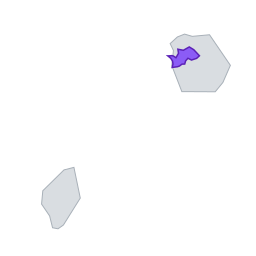 location of Saint Peter within Antigua and Barbuda, rotated 227°
{"feature_id": "ATG-5094", "entity_name": "Saint Peter", "entity_type": "Parish", "adm_level": 1, "iso_a3": "ATG", "parent_name": "Antigua and Barbuda", "parent_adm1": "", "projection": "orthographic", "projection_center": [-61.741, 17.101], "detail": "fine", "context": "in_parent", "style": "filled", "palette": "violet", "viewbox_px": 256, "rotation_deg": 227, "n_neighbors": 0, "source": "natural_earth", "source_scale": "10m", "svg_char_len": 772}
<svg xmlns="http://www.w3.org/2000/svg" viewBox="0 0 256 256"><g transform="rotate(227 128 128)"><path d="M151.2,237.5L140.6,251.2L104.0,245.6L96.6,228.5L95.0,216.5L117.9,192.2L143.8,202.6L153.7,214.1L161.0,216.4L160.9,226.2L158.1,233.4L151.2,237.5ZM141.0,52.6L136.1,61.6L109.3,45.3L101.1,14.6L102.0,8.1L106.5,4.8L117.1,10.7L131.3,12.9L140.2,22.9L141.0,52.6Z" fill="#d9dde1" stroke="#a8b0b8" stroke-width="1"/><path d="M137.9,211.0L138.2,207.9L139.1,205.9L142.2,201.6L144.1,204.5L146.6,206.2L149.8,206.8L153.6,206.3L152.0,208.1L151.1,209.4L149.7,210.3L146.7,211.0L148.2,215.9L151.6,218.2L147.1,221.5L145.5,228.1L140.4,229.5L132.1,229.5L132.1,225.7L134.4,220.8L138.1,219.4L137.8,215.9L136.1,213.1L137.9,211.0Z" fill="#8b5cf6" stroke="#5b21b6" stroke-width="1.5"/></g></svg>